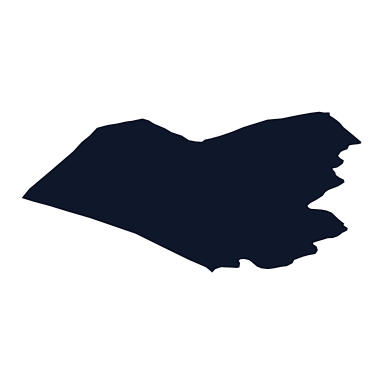 outline of Boden, Norrbotten, Sweden
{"feature_id": "70781695B99694780009800", "entity_name": "Boden", "entity_type": "district", "adm_level": 2, "iso_a3": "SWE", "parent_name": "Sweden", "parent_adm1": "Norrbotten", "projection": "equal_earth", "projection_center": [21.596, 66.055], "detail": "fine", "context": "isolated", "style": "filled", "palette": "ink", "viewbox_px": 384, "rotation_deg": 0, "n_neighbors": 0, "source": "geoboundaries", "source_scale": "gbopen_adm2", "svg_char_len": 1669}
<svg xmlns="http://www.w3.org/2000/svg" viewBox="0 0 384 384"><path d="M328.9,113.2L324.1,113.3L319.2,112.5L311.1,113.5L298.7,115.7L282.0,119.1L267.5,120.4L243.9,127.7L232.4,132.4L219.8,136.7L211.5,139.0L205.3,140.3L202.1,142.6L195.3,142.2L193.5,141.8L188.6,140.9L181.5,136.3L171.0,132.8L164.5,128.9L154.0,124.5L148.5,121.1L142.5,119.3L132.4,121.5L126.0,122.3L117.2,124.3L108.0,125.7L97.4,128.5L90.0,136.3L82.2,142.6L73.8,151.8L51.6,170.9L29.8,189.3L23.0,197.6L34.0,201.0L49.3,205.1L69.9,211.4L90.5,217.4L112.9,225.1L135.6,232.9L164.2,247.0L189.4,259.3L206.4,266.6L211.0,270.4L212.1,271.5L214.8,268.5L221.0,266.4L227.7,266.7L231.0,266.8L236.5,267.2L238.7,266.8L239.3,263.2L237.7,260.5L240.1,258.5L244.2,258.2L249.2,259.3L252.1,261.4L255.1,264.0L257.5,266.0L261.6,267.6L267.9,268.3L273.6,267.6L280.9,266.1L286.6,265.4L292.0,262.6L293.5,259.4L303.0,255.9L308.1,254.5L315.0,253.2L317.0,250.1L316.0,247.0L312.2,244.4L312.6,242.1L316.6,240.8L327.8,237.4L332.5,237.3L337.2,235.7L339.6,234.1L341.7,232.3L346.5,230.0L346.9,228.4L344.5,226.9L342.3,225.2L343.3,223.8L340.7,221.9L338.0,219.6L335.0,216.8L331.2,213.2L326.5,211.3L321.4,210.3L315.9,209.9L310.4,209.5L307.4,207.6L306.6,205.4L310.0,202.4L315.5,199.5L322.3,195.2L324.7,191.7L328.0,189.4L338.0,185.5L341.0,183.7L343.7,181.9L343.1,180.1L339.4,178.4L335.2,175.4L334.6,172.7L331.9,169.6L331.5,167.9L337.2,166.7L339.5,165.1L342.3,163.0L343.0,160.8L339.5,158.6L337.1,155.8L340.2,151.4L343.2,149.8L346.7,148.7L347.7,146.8L348.5,144.8L352.4,144.0L358.3,143.4L361.0,142.6L360.9,142.6L352.6,135.6L343.0,127.7L339.7,123.7L337.1,121.4L333.5,118.8L329.1,115.9L328.9,113.2Z" fill="#0f172a" stroke="#020617" stroke-width="1.5"/></svg>